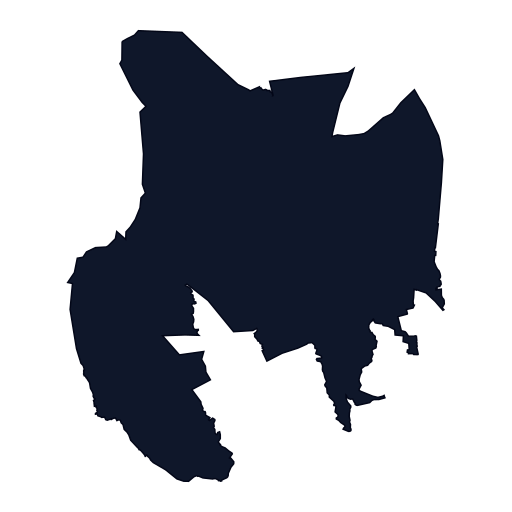 Cuernavaca, Morelos, Mexico (orthographic projection)
{"feature_id": "50627088B36479670191583", "entity_name": "Cuernavaca", "entity_type": "district", "adm_level": 2, "iso_a3": "MEX", "parent_name": "Mexico", "parent_adm1": "Morelos", "projection": "orthographic", "projection_center": [-99.236, 18.933], "detail": "fine", "context": "isolated", "style": "filled", "palette": "ink", "viewbox_px": 512, "rotation_deg": 0, "n_neighbors": 0, "source": "geoboundaries", "source_scale": "gbopen_adm2", "svg_char_len": 6046}
<svg xmlns="http://www.w3.org/2000/svg" viewBox="0 0 512 512"><path d="M67.7,282.5L72.5,283.5L70.1,309.4L76.5,348.7L81.0,363.3L83.1,365.5L83.9,367.9L84.5,370.0L83.7,370.2L83.7,372.2L84.0,373.3L83.6,373.7L83.7,374.6L84.3,375.8L84.9,375.5L86.4,378.0L86.9,377.9L87.3,379.2L89.2,382.0L89.7,383.4L90.5,388.4L92.5,392.0L93.1,393.7L93.6,395.9L93.1,396.1L93.9,398.0L95.0,398.6L94.8,399.5L93.5,400.4L94.5,403.7L94.1,403.6L94.4,406.3L96.3,406.0L96.1,407.4L96.9,408.2L97.2,409.3L96.8,410.2L97.5,411.3L96.9,412.5L95.5,413.4L95.5,414.2L97.2,413.9L97.9,415.8L100.7,416.7L101.6,417.4L104.6,417.1L105.8,419.7L107.3,420.2L111.3,418.8L111.4,419.4L113.2,418.4L115.5,417.9L116.9,420.6L119.0,419.7L120.4,420.4L121.2,422.8L123.0,424.5L124.2,429.4L127.0,432.1L128.8,434.9L130.7,440.2L137.5,447.5L137.9,447.6L139.2,449.8L139.9,449.7L141.3,451.0L143.8,453.9L145.0,455.6L145.3,457.0L145.6,455.6L146.6,454.9L147.4,455.6L147.2,455.9L149.6,458.1L150.6,460.0L153.3,462.6L165.5,469.7L176.9,478.9L183.7,481.2L188.6,481.3L193.9,476.8L196.6,475.6L197.7,476.3L198.6,476.1L202.9,477.9L212.9,479.0L213.6,478.6L215.9,478.7L218.8,480.3L217.9,480.7L219.6,480.6L220.5,481.2L221.7,480.9L221.8,480.0L226.7,477.8L227.7,476.8L228.2,475.4L228.3,473.3L230.9,467.3L233.7,463.8L233.8,461.8L230.6,457.9L229.8,458.3L229.4,458.0L232.3,453.9L232.0,453.1L228.7,450.9L225.1,447.9L222.1,446.7L220.6,445.6L220.0,444.9L220.4,444.6L218.4,442.3L218.5,441.4L220.3,438.6L220.3,434.7L219.6,431.8L217.7,432.5L217.1,434.5L216.2,434.5L215.0,432.9L214.8,429.4L213.4,427.5L214.2,426.3L213.6,423.1L214.9,420.6L214.8,419.5L212.6,418.1L209.4,420.5L208.5,419.8L209.9,417.6L205.6,415.2L205.5,412.6L205.1,411.6L203.7,411.5L202.5,410.3L203.0,408.3L201.1,404.3L200.8,401.8L191.8,389.6L210.4,379.8L205.9,372.1L205.4,366.2L201.6,359.3L203.8,351.5L179.4,354.9L162.5,335.7L185.1,334.9L198.9,335.3L197.4,333.8L196.9,332.6L197.3,331.1L198.3,330.3L198.3,329.4L195.4,329.6L193.8,328.8L193.3,327.4L192.7,324.1L193.6,321.8L193.8,319.3L193.0,316.6L191.5,314.3L193.2,313.3L193.5,311.6L193.5,308.3L191.7,305.8L192.3,303.7L194.6,303.9L196.0,303.2L195.7,301.9L194.2,301.6L193.8,300.4L194.1,299.1L193.1,298.6L193.0,295.2L191.0,294.0L190.7,292.7L192.2,291.8L192.0,290.8L190.1,288.4L188.0,286.9L186.0,286.0L185.2,285.1L186.5,284.2L187.5,284.4L208.1,300.5L233.6,331.7L252.8,330.5L256.7,328.4L257.3,330.0L257.1,330.8L256.1,332.2L254.2,333.6L254.7,334.2L254.7,336.7L257.0,339.2L257.9,341.0L259.4,341.4L260.2,343.5L262.5,344.4L261.9,346.2L263.2,347.4L262.2,348.1L263.6,349.4L263.7,350.3L262.2,350.8L266.9,361.1L282.2,353.2L297.9,348.1L306.8,344.1L307.8,343.1L311.9,342.6L312.6,343.1L314.9,345.3L314.9,348.0L315.2,348.5L316.7,348.8L317.0,350.0L315.8,353.3L316.1,353.9L320.4,355.5L321.4,356.3L321.7,357.3L321.5,358.1L317.0,358.5L316.4,359.4L317.2,361.0L320.7,361.7L322.1,364.2L322.6,366.1L322.4,369.6L322.7,371.1L323.7,372.5L325.0,377.8L326.6,381.5L324.8,384.7L325.0,385.8L326.8,388.0L327.2,392.8L329.3,395.0L329.3,397.1L333.9,401.3L334.6,403.3L333.7,404.9L333.9,405.5L335.4,405.7L336.0,406.5L335.1,411.9L337.8,414.4L338.2,415.9L337.7,417.1L336.3,418.0L336.3,419.0L338.8,420.4L340.7,422.5L344.8,425.3L345.0,426.8L343.6,428.1L343.1,429.2L348.5,431.4L349.9,431.3L350.9,430.6L351.0,429.2L350.3,427.6L350.5,424.5L349.5,422.0L350.0,420.3L349.2,416.4L349.4,413.0L349.9,411.0L349.8,409.0L350.7,407.5L350.8,406.0L347.4,402.0L345.9,397.8L346.0,395.0L346.6,395.7L347.1,397.4L348.2,398.3L350.4,399.2L352.1,399.0L352.8,399.2L354.6,402.8L355.3,403.2L355.1,404.3L356.3,405.2L357.3,405.4L369.7,402.6L371.9,400.4L373.9,399.6L378.9,399.5L385.5,397.7L384.7,397.6L384.1,395.4L382.7,396.2L377.9,397.4L372.8,396.2L360.7,391.3L359.2,390.4L359.1,389.0L361.1,385.2L359.3,381.8L359.0,379.5L360.2,374.8L361.7,372.0L361.2,368.7L364.8,366.0L367.6,365.3L369.3,363.1L371.6,361.5L371.9,360.2L371.4,359.5L371.3,358.3L372.0,357.1L372.2,355.6L373.0,354.5L371.8,350.5L372.8,349.3L375.8,348.0L376.3,346.6L376.1,345.5L377.0,341.2L374.9,339.3L375.3,338.0L375.2,336.3L373.2,334.7L371.9,332.4L370.7,332.4L370.1,331.7L370.1,330.7L369.4,329.9L368.7,328.0L368.8,325.0L370.3,322.4L371.9,321.2L372.6,320.1L372.5,319.6L373.3,319.0L373.8,319.4L373.9,320.9L375.3,322.9L380.1,323.7L382.3,323.7L383.2,325.5L388.2,326.3L394.7,329.6L395.1,335.0L403.4,335.8L403.1,341.6L408.8,343.4L409.2,349.4L408.5,350.0L407.5,349.9L407.2,351.5L407.2,352.3L408.5,352.6L408.5,353.7L412.8,353.6L413.7,354.5L417.9,354.6L418.2,354.2L416.6,346.9L417.2,346.3L416.8,344.2L417.0,342.8L416.4,342.4L416.8,340.3L416.4,336.1L415.2,335.8L414.0,336.2L408.5,336.2L406.3,332.9L405.1,331.7L401.3,330.7L397.8,316.6L407.2,314.1L407.4,313.8L406.4,309.5L413.0,308.0L414.4,305.1L413.4,304.8L413.1,301.0L413.6,297.8L414.1,289.3L416.3,290.1L416.4,289.6L426.1,292.9L435.2,301.4L442.9,310.3L443.9,309.7L442.2,307.8L444.3,303.9L444.1,300.3L443.7,299.3L442.3,297.7L441.4,295.4L441.3,289.1L436.0,289.9L436.0,288.3L437.1,288.2L437.1,286.9L439.9,286.4L440.5,284.6L441.1,284.6L441.1,283.4L440.7,281.2L439.7,280.3L439.2,279.1L440.4,277.3L440.5,276.0L440.0,273.5L438.9,270.7L437.5,269.3L436.1,266.8L434.1,261.7L434.7,255.4L435.7,255.4L435.9,251.6L434.5,251.3L434.8,247.6L435.4,247.7L438.3,223.8L437.6,223.6L438.3,218.9L441.4,182.7L442.8,159.5L439.8,140.8L438.5,135.8L425.2,107.6L419.5,98.7L414.4,89.7L400.9,102.7L392.7,113.1L390.5,114.5L383.4,117.7L368.3,131.0L364.1,133.6L358.7,134.6L345.2,135.9L337.5,134.9L331.9,136.6L332.7,132.3L339.9,103.0L348.0,86.3L353.9,68.4L348.0,72.7L301.1,77.4L269.6,81.3L273.0,95.0L273.0,95.6L272.7,95.7L272.9,94.9L271.8,93.3L271.8,92.1L270.3,92.0L269.9,90.5L266.9,90.5L266.8,90.0L265.6,89.4L263.5,90.0L262.4,89.8L260.8,87.7L260.0,88.3L259.0,87.8L259.2,86.9L250.0,90.9L248.8,89.9L237.9,84.6L206.5,55.8L182.0,32.4L138.4,30.7L134.5,35.1L127.4,38.6L122.5,41.4L122.1,42.2L121.9,60.1L119.9,63.7L133.0,90.1L142.2,102.4L146.0,106.3L140.0,112.1L143.5,153.9L142.4,184.2L145.4,193.1L141.0,197.9L140.0,207.8L135.3,219.4L130.3,227.1L126.0,231.8L125.7,239.4L116.7,231.5L115.4,238.7L108.3,245.8L106.3,247.0L95.5,247.6L86.5,251.9L83.0,257.2L77.3,258.2L74.4,272.6L67.7,282.5Z" fill="#0f172a" stroke="#020617" stroke-width="1.5"/></svg>